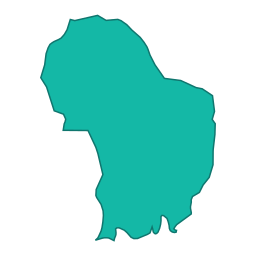 map outline of Daga (Natural Earth projection)
{"feature_id": "BTN-2434", "entity_name": "Daga", "entity_type": "District", "adm_level": 1, "iso_a3": "BTN", "parent_name": "Bhutan", "parent_adm1": "", "projection": "natural_earth1", "projection_center": [89.858, 27.036], "detail": "fine", "context": "isolated", "style": "filled", "palette": "teal", "viewbox_px": 256, "rotation_deg": 0, "n_neighbors": 0, "source": "natural_earth", "source_scale": "10m", "svg_char_len": 1485}
<svg xmlns="http://www.w3.org/2000/svg" viewBox="0 0 256 256"><path d="M97.6,15.4L106.1,20.4L117.8,19.4L121.1,20.7L126.9,24.8L131.7,29.9L140.2,37.4L144.1,42.4L147.0,47.0L148.0,49.4L150.0,55.1L155.0,64.9L164.4,78.4L180.7,80.5L196.1,87.6L202.2,88.8L212.5,95.7L214.5,111.4L212.2,119.4L215.2,123.7L214.9,134.5L213.2,149.3L213.1,151.0L213.0,164.8L209.2,177.4L203.1,185.0L199.4,192.4L192.5,196.5L191.2,199.8L191.3,202.1L190.5,206.5L190.5,208.4L191.3,212.7L191.2,214.0L176.7,224.6L175.2,226.5L173.8,228.8L174.7,229.6L175.6,230.3L176.5,230.4L176.1,232.2L174.4,232.5L172.2,232.0L170.3,230.6L169.4,228.5L169.1,225.3L168.2,221.7L167.0,218.4L163.6,215.6L161.9,215.4L161.0,216.5L161.0,220.8L160.6,224.3L159.6,228.3L158.0,232.1L156.6,233.5L155.2,233.8L154.1,233.0L153.3,232.0L153.0,230.6L152.8,229.4L152.1,226.9L150.0,232.9L147.6,234.3L137.5,238.5L133.8,238.6L131.0,237.2L127.0,232.6L124.3,230.2L119.1,227.8L116.8,227.9L115.6,228.8L116.0,232.7L115.9,234.7L115.3,236.6L114.7,237.8L114.0,240.6L108.8,238.0L107.2,237.8L104.4,237.8L102.5,238.1L95.4,240.2L97.7,238.1L98.5,236.7L101.1,231.0L102.0,227.6L102.9,221.8L103.4,215.5L103.1,210.8L101.1,204.4L96.7,197.5L95.9,195.5L96.2,189.5L102.9,174.6L97.9,153.5L95.9,147.4L88.0,130.5L63.2,130.3L64.2,123.9L65.1,121.8L65.7,119.1L63.5,114.2L54.2,110.8L46.6,87.0L40.8,77.7L44.7,64.8L46.1,53.7L48.1,47.9L50.0,44.4L52.1,42.8L54.2,41.5L58.7,39.5L61.1,38.1L64.4,34.4L67.1,29.7L70.3,19.5L74.8,20.6L97.6,15.4Z" fill="#14b8a6" stroke="#0f766e" stroke-width="1.5"/></svg>